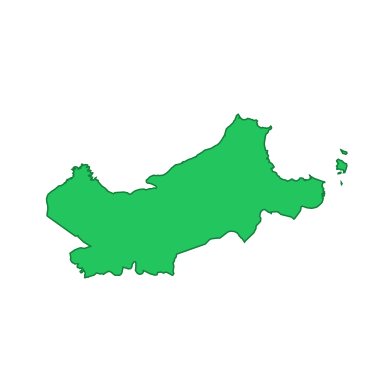 Botum Sakor, Kaôh Kong, Cambodia (Natural Earth projection), rotated 224°
{"feature_id": "14789045B91136996845349", "entity_name": "Botum Sakor", "entity_type": "district", "adm_level": 2, "iso_a3": "KHM", "parent_name": "Cambodia", "parent_adm1": "Kaôh Kong", "projection": "natural_earth1", "projection_center": [103.368, 11.059], "detail": "fine", "context": "isolated", "style": "filled", "palette": "green", "viewbox_px": 384, "rotation_deg": 224, "n_neighbors": 0, "source": "geoboundaries", "source_scale": "gbopen_adm2", "svg_char_len": 6053}
<svg xmlns="http://www.w3.org/2000/svg" viewBox="0 0 384 384"><g transform="rotate(224 192 192)"><path d="M279.0,74.2L245.3,79.2L243.7,81.3L242.9,80.7L235.6,80.7L227.2,82.5L230.2,76.6L233.1,74.7L234.0,73.5L236.1,68.8L237.2,63.2L233.9,60.9L232.6,59.1L231.1,58.4L229.3,58.1L226.1,58.9L225.1,60.3L223.8,61.2L223.1,58.9L222.0,58.1L221.3,58.7L219.5,59.1L218.4,61.0L217.0,59.2L216.9,58.7L217.4,57.4L217.1,56.9L215.8,56.8L215.3,57.2L215.1,58.8L215.7,60.4L215.0,59.9L214.1,60.3L212.3,59.4L211.5,57.7L210.8,57.3L210.0,56.0L209.5,55.9L208.1,58.3L207.5,58.6L207.2,60.1L204.7,64.1L204.5,67.1L204.2,67.6L201.1,69.2L200.1,70.8L198.5,71.2L197.6,75.4L196.4,77.5L194.7,78.1L189.7,78.6L186.4,81.7L185.9,82.9L186.3,85.1L189.4,90.0L184.3,92.6L182.9,94.3L183.0,95.8L184.9,98.9L185.1,101.3L184.6,102.4L183.8,102.4L182.9,101.8L180.1,98.9L178.2,96.3L175.5,95.6L173.4,95.9L172.0,97.0L171.1,98.9L171.3,100.1L172.4,101.8L165.3,104.1L161.0,106.4L159.7,108.0L160.7,110.2L159.2,112.3L158.4,113.1L156.1,113.9L155.6,115.6L154.2,116.8L148.4,118.4L148.0,119.4L148.5,120.8L150.2,121.5L153.7,126.2L156.3,127.7L156.7,130.0L158.1,131.9L158.2,134.1L159.9,136.6L146.3,163.8L146.3,169.7L145.8,171.4L142.2,176.0L139.9,178.3L138.5,188.0L136.9,190.9L133.5,193.3L131.2,193.9L129.1,193.8L127.1,193.1L126.0,193.3L124.8,193.0L123.6,193.4L119.4,192.4L119.6,194.5L119.2,205.5L120.5,209.9L122.3,212.2L122.3,218.4L124.2,220.9L126.4,221.5L128.3,224.4L128.9,226.6L128.5,228.7L127.5,230.0L123.4,230.5L121.8,231.2L121.4,232.1L120.3,231.4L120.0,231.6L120.8,232.7L120.6,233.2L117.1,237.0L115.4,237.5L112.4,237.7L103.0,243.1L99.9,243.3L99.7,244.2L100.9,253.2L101.5,254.8L103.2,257.2L103.2,257.7L102.5,258.6L98.1,260.7L94.4,263.6L92.0,267.3L91.5,269.1L91.2,272.4L91.2,274.7L91.6,275.8L93.2,278.6L94.0,278.3L94.6,278.8L94.2,280.7L94.5,281.3L95.0,281.2L95.9,280.0L97.2,280.9L97.0,281.9L96.4,282.2L95.3,281.9L95.3,282.8L95.6,283.1L96.8,283.0L96.5,283.6L96.7,284.1L98.6,283.8L98.5,284.6L99.1,285.0L99.6,285.9L100.3,285.7L101.2,286.2L102.2,286.1L102.4,286.9L103.2,287.3L104.1,289.2L103.7,290.6L103.2,291.0L103.6,291.4L105.4,290.3L113.6,286.6L116.7,285.9L116.8,284.5L115.9,284.6L115.7,284.2L116.4,283.6L116.6,281.7L117.7,280.4L118.8,279.9L119.0,279.6L118.4,279.0L119.4,278.4L120.5,278.9L121.5,279.0L123.4,277.8L124.0,277.0L123.9,276.1L123.6,275.6L124.1,273.2L125.5,271.7L126.3,271.7L127.2,270.8L127.9,271.1L129.2,270.8L130.1,267.4L131.0,266.3L130.9,265.9L132.9,265.7L135.5,264.0L137.3,263.6L137.4,263.3L138.7,263.3L140.1,263.8L141.4,263.2L143.6,263.6L143.8,264.1L144.7,264.3L146.4,263.9L147.0,263.2L148.5,262.8L150.6,264.1L151.1,263.9L151.0,265.3L150.3,265.6L150.3,267.1L153.7,267.9L156.9,267.5L157.2,266.9L158.0,268.2L160.1,268.9L160.8,268.9L160.8,267.9L161.5,267.8L161.5,270.1L162.1,271.1L164.4,271.8L164.8,272.2L165.2,271.6L165.6,271.7L165.4,273.0L166.4,274.2L167.9,273.0L172.4,275.9L174.3,277.8L177.3,282.3L178.1,282.9L178.0,283.2L179.2,285.7L178.8,286.2L178.7,287.5L179.8,289.8L179.7,290.6L179.1,291.2L179.0,292.8L179.4,293.5L180.5,294.0L181.1,294.1L181.1,291.9L182.8,289.4L183.5,289.3L183.8,288.8L186.3,287.3L186.5,286.3L187.0,286.0L190.1,285.3L191.8,285.5L192.0,286.3L193.8,286.9L194.2,288.5L195.8,288.4L197.2,286.3L198.9,286.1L199.9,285.1L201.2,284.8L203.1,283.6L203.4,281.8L205.2,279.6L206.6,279.1L209.7,279.1L209.8,278.4L210.4,279.5L212.8,280.0L213.1,278.0L211.1,273.5L211.2,272.3L210.5,270.2L210.7,265.3L211.1,263.8L211.0,261.0L208.5,256.3L207.5,255.5L208.0,255.1L207.9,254.5L206.7,249.8L206.2,245.3L206.5,244.8L206.6,242.9L207.1,242.2L208.6,236.6L211.9,230.9L212.4,227.3L213.7,222.7L213.8,221.1L213.4,219.9L214.1,219.5L215.6,215.6L217.0,213.1L218.4,208.7L219.5,207.6L219.5,206.2L219.1,206.1L219.7,205.5L219.6,204.6L222.7,200.0L223.1,197.4L222.9,196.6L223.3,195.6L223.2,191.1L223.5,187.4L224.4,184.2L227.1,180.8L227.6,180.8L228.9,179.2L231.5,177.1L232.9,173.2L232.7,171.3L233.1,168.7L231.7,167.5L230.3,167.5L227.4,169.5L222.4,171.2L220.8,170.9L220.6,169.4L222.1,168.6L223.4,166.2L224.7,165.1L226.5,161.6L228.5,160.8L231.4,157.6L233.5,153.8L234.1,151.9L234.5,148.4L235.2,147.0L237.8,146.6L240.9,144.7L247.0,138.0L247.4,136.1L253.2,134.0L253.8,134.0L254.0,134.4L255.3,134.1L256.5,134.5L260.9,133.7L266.7,134.2L266.9,134.8L267.6,135.1L268.7,134.7L268.9,134.2L270.5,134.6L271.0,135.6L271.4,134.5L270.8,133.0L271.0,132.4L271.9,131.9L272.3,130.8L273.3,130.5L273.8,130.9L273.3,133.0L273.8,133.5L276.7,131.9L277.7,132.0L277.5,133.1L276.3,133.5L276.0,134.1L276.5,136.8L277.1,136.6L277.9,135.3L278.3,135.3L279.1,135.7L279.6,137.2L279.9,137.2L281.4,134.7L282.2,135.4L281.8,136.8L283.0,138.6L283.4,138.8L283.8,138.4L285.0,136.5L285.2,136.8L285.2,138.2L285.5,138.8L285.9,138.9L287.5,137.9L288.6,136.2L290.6,135.6L290.6,135.2L289.1,135.0L290.0,132.9L288.6,132.1L288.6,131.8L289.8,131.4L289.4,129.6L289.6,129.4L290.5,130.2L291.7,130.1L292.7,129.7L293.9,128.5L293.7,128.1L294.3,127.4L294.2,127.1L292.2,127.9L292.0,127.6L292.3,126.6L293.5,126.4L294.1,124.9L291.2,125.0L290.7,122.8L290.1,123.2L289.0,122.1L289.2,121.6L289.0,121.3L288.2,121.1L288.0,119.0L288.1,118.0L288.7,118.4L289.0,118.0L289.0,116.9L289.3,116.8L289.8,115.0L289.4,114.4L289.6,113.8L290.3,114.5L290.5,114.3L290.0,113.5L290.2,112.9L289.9,112.0L289.1,111.0L290.1,110.0L289.8,109.3L290.3,106.3L292.1,103.6L292.4,99.5L293.5,94.4L293.8,90.4L293.6,89.4L291.9,86.0L289.2,83.7L286.2,81.9L283.7,79.5L280.9,75.4L279.8,74.3L279.0,74.2ZM104.9,310.9L104.4,310.5L103.9,309.1L103.5,309.0L102.0,311.0L100.3,311.4L99.0,312.7L97.4,312.6L96.8,311.7L96.5,312.2L96.3,311.3L95.6,312.1L98.0,317.2L99.1,318.7L100.5,319.6L102.3,318.6L106.1,318.6L107.0,317.8L109.4,317.3L109.8,316.2L109.6,314.8L109.2,314.5L108.6,314.8L107.7,314.1L106.6,314.2L106.0,312.2L106.1,311.3L105.7,310.7L104.9,310.9ZM111.5,325.0L110.5,324.4L108.5,325.7L107.9,325.7L107.5,326.0L107.5,327.6L108.5,328.1L111.7,326.4L112.7,326.4L114.2,325.8L112.5,325.0L111.5,325.0ZM98.7,309.6L100.0,307.2L99.6,306.6L98.1,308.5L98.2,309.4L98.7,309.6ZM91.3,302.6L90.6,301.9L89.7,301.3L89.8,302.2L91.3,302.6ZM119.0,285.7L118.6,285.4L117.7,285.6L118.4,285.9L119.0,285.7Z" fill="#22c55e" stroke="#15803d" stroke-width="1.5"/></g></svg>